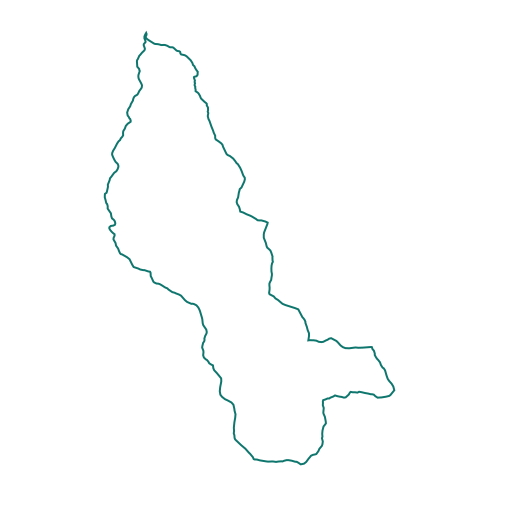 Nyisho, Wangdi Phodrang, Bhutan, rotated 100°
{"feature_id": "84629894B40037951494601", "entity_name": "Nyisho", "entity_type": "district", "adm_level": 2, "iso_a3": "BTN", "parent_name": "Bhutan", "parent_adm1": "Wangdi Phodrang", "projection": "equal_earth", "projection_center": [90.07, 27.567], "detail": "fine", "context": "isolated", "style": "outline", "palette": "teal", "viewbox_px": 512, "rotation_deg": 100, "n_neighbors": 0, "source": "geoboundaries", "source_scale": "gbopen_adm2", "svg_char_len": 6087}
<svg xmlns="http://www.w3.org/2000/svg" viewBox="0 0 512 512"><g transform="rotate(100 256 256)"><path d="M289.5,364.6L289.3,363.3L289.9,359.5L289.9,357.6L290.9,356.9L294.0,356.2L296.0,354.7L299.1,352.6L299.7,351.7L300.4,349.2L300.2,347.4L300.4,346.0L301.0,344.2L302.8,339.9L303.3,337.6L304.1,336.6L305.2,334.2L306.1,332.2L306.3,329.7L306.7,328.5L307.3,325.2L308.1,322.9L311.9,318.2L313.2,315.9L314.3,311.4L314.0,310.1L314.1,308.7L314.9,306.1L316.7,303.9L318.4,302.6L320.0,301.6L326.0,298.6L327.6,297.9L331.5,296.8L333.3,295.9L337.1,292.2L339.4,291.3L340.9,291.3L343.7,292.2L346.4,292.5L347.6,292.1L349.0,292.2L350.8,293.0L354.1,293.2L355.6,293.1L358.4,291.4L360.0,291.0L362.9,290.8L365.0,289.7L366.5,287.5L366.9,286.3L368.3,284.6L369.8,283.4L370.7,281.2L371.2,279.4L374.0,278.5L375.8,277.3L378.2,274.1L382.5,269.1L384.0,268.7L385.8,268.4L391.3,268.5L395.4,268.2L398.8,267.0L400.6,265.0L402.4,261.7L403.1,259.0L404.5,254.8L406.4,252.4L410.0,250.9L412.2,250.2L415.4,248.7L418.9,248.4L423.5,248.4L429.0,248.0L432.2,247.2L434.5,247.1L436.2,246.2L438.9,245.5L440.2,244.7L441.1,243.5L442.1,241.9L443.0,240.6L444.9,237.7L447.7,232.9L450.9,228.9L451.8,227.5L454.7,224.1L456.4,223.0L456.6,222.1L456.3,219.7L456.6,216.7L456.5,210.1L456.4,208.4L455.4,203.8L455.3,200.5L454.5,198.2L453.8,195.4L453.7,194.2L452.8,192.8L451.7,190.4L451.4,188.5L451.4,185.2L451.8,181.6L451.6,180.2L452.2,178.5L453.4,175.8L452.2,172.7L450.1,170.8L446.4,169.0L444.6,167.9L443.2,167.2L442.0,165.5L440.9,162.8L440.5,162.2L437.4,160.7L434.9,160.1L431.6,158.2L430.1,157.9L427.1,158.0L424.0,159.4L422.4,159.2L419.7,159.9L416.4,160.2L412.1,159.9L410.0,158.7L408.7,158.1L406.8,158.6L402.5,160.2L399.6,162.1L398.6,162.5L393.9,162.9L391.3,164.3L389.3,164.5L387.6,164.9L386.3,164.8L385.2,162.7L383.9,160.8L383.6,159.1L382.6,158.2L380.9,155.4L379.6,154.0L379.9,151.6L380.0,149.1L379.9,147.3L380.2,144.8L379.9,143.9L379.6,143.1L376.4,140.6L374.2,139.8L373.4,139.2L373.4,136.9L373.0,134.7L372.9,132.3L371.8,130.9L371.8,128.2L372.0,125.0L372.0,121.6L372.2,119.3L372.0,117.4L372.1,115.9L373.3,114.2L374.4,111.6L374.1,110.5L373.5,107.9L372.0,103.6L370.7,100.6L369.6,99.5L364.2,96.5L360.7,98.1L358.3,100.2L356.0,103.1L354.2,104.9L351.2,106.6L346.3,109.0L344.5,110.6L343.9,112.0L341.6,114.1L339.2,115.4L337.2,117.6L336.1,119.1L334.6,120.5L332.8,121.9L331.7,122.0L330.4,122.6L328.7,123.5L327.6,125.0L325.6,126.1L325.8,127.5L327.8,135.4L328.6,139.2L328.8,142.1L330.7,148.2L331.2,152.0L330.7,154.6L329.4,157.2L326.9,160.3L325.7,162.1L323.9,167.7L324.7,169.6L326.0,170.9L327.0,172.5L328.8,174.8L329.4,176.5L329.6,179.3L328.9,181.8L329.0,184.6L329.6,188.6L330.0,189.8L325.6,189.9L322.9,190.4L319.9,192.3L317.0,193.6L314.2,195.2L313.3,195.7L312.0,196.0L310.3,197.2L308.9,198.7L308.3,199.6L301.2,205.1L300.5,208.7L299.2,218.5L298.5,221.6L295.5,226.7L294.4,229.5L292.7,231.5L291.3,236.0L290.1,236.7L286.8,236.8L284.8,237.1L282.2,237.8L280.7,238.0L278.6,237.5L277.0,236.9L274.9,237.0L272.4,237.0L270.9,237.2L268.5,238.1L265.5,238.7L262.7,239.0L260.5,238.9L258.8,238.4L257.3,239.0L254.4,239.6L253.7,239.6L250.1,241.5L248.1,242.8L247.0,244.4L245.8,246.4L244.6,247.2L241.4,248.6L236.7,251.5L233.4,252.1L231.3,252.1L222.4,250.3L221.1,250.3L220.4,252.8L220.0,257.0L220.4,259.2L220.5,260.7L219.6,262.3L217.8,267.0L217.3,268.7L216.5,272.6L215.4,276.1L215.0,279.2L212.7,280.1L210.4,281.3L209.7,282.0L208.2,283.4L206.3,284.4L204.2,284.5L201.4,283.8L196.5,283.9L195.0,283.7L192.9,283.6L191.1,282.2L184.8,280.5L182.4,280.3L180.8,280.7L179.4,282.1L178.3,282.9L175.0,284.8L171.9,286.9L168.7,289.8L167.9,291.3L166.2,292.9L164.0,295.4L162.1,299.0L161.5,301.4L160.8,302.6L159.2,303.8L154.0,307.5L152.5,308.2L151.2,309.6L149.6,312.7L148.2,315.9L146.9,316.7L144.6,317.1L141.8,319.1L140.2,319.9L136.4,322.3L131.2,325.2L129.3,326.6L126.6,327.8L123.5,327.8L122.3,328.6L120.8,328.5L118.1,329.1L116.3,330.6L114.7,330.9L114.1,331.6L113.1,333.5L110.5,337.4L109.6,338.1L108.0,339.0L107.3,339.6L106.0,340.7L105.3,341.6L104.2,344.1L102.5,344.4L101.0,345.1L100.0,345.1L98.5,346.1L97.4,346.2L96.5,346.0L95.5,346.6L94.7,346.7L93.9,346.6L91.2,348.1L90.3,348.0L89.3,345.8L87.7,345.0L85.6,345.3L84.8,345.3L82.7,347.5L81.1,348.8L79.9,349.5L78.8,351.2L77.2,352.0L76.7,352.4L74.6,354.3L71.4,359.0L70.8,360.5L70.6,361.4L70.5,364.7L69.7,365.6L68.2,366.1L67.7,367.0L67.7,369.0L67.5,369.9L65.5,373.0L65.0,374.1L65.0,374.9L65.3,376.6L65.3,377.4L64.4,379.8L64.0,382.2L64.1,383.2L64.6,385.3L64.7,386.1L64.5,387.6L64.4,389.3L64.7,392.2L64.5,393.3L62.3,398.7L61.3,400.9L60.3,402.2L59.7,402.6L59.0,402.7L57.6,402.3L56.4,402.3L55.4,402.9L57.0,403.5L59.1,404.0L61.0,403.7L63.1,402.4L64.3,401.9L65.0,402.2L66.1,402.9L66.9,403.3L67.9,403.2L70.9,401.5L72.1,401.4L73.0,401.7L75.6,403.6L78.1,405.0L79.1,405.7L82.7,406.6L83.3,406.9L84.0,407.1L84.9,407.1L90.2,405.8L92.1,403.5L93.1,403.2L94.0,402.6L96.7,403.0L98.1,403.2L99.4,403.1L101.1,402.6L102.2,402.0L106.1,398.9L107.7,397.9L109.7,397.8L110.6,398.0L113.8,399.6L116.3,400.3L117.6,400.8L118.3,401.5L119.3,402.8L120.3,403.5L121.3,403.9L123.0,404.2L124.3,404.2L128.1,405.6L130.4,405.9L133.6,407.3L137.1,407.8L139.9,406.8L141.2,405.4L142.6,404.4L142.9,403.7L144.5,402.9L145.6,402.8L148.0,405.3L150.5,406.8L153.4,407.3L155.3,408.1L156.2,408.4L157.9,408.3L160.2,407.8L161.8,408.4L163.7,409.6L165.4,410.0L167.0,411.3L169.6,412.4L174.2,413.8L177.2,415.0L179.6,415.5L181.2,415.3L183.3,414.0L185.7,412.3L187.7,410.6L189.3,408.2L190.8,407.3L192.1,407.0L194.7,407.4L196.8,408.3L198.7,410.1L200.9,411.2L203.0,412.2L204.9,413.3L206.7,413.3L211.5,414.3L213.6,413.8L218.4,414.0L219.7,414.2L221.0,415.5L221.9,415.5L224.5,415.1L227.6,413.6L228.7,413.2L230.2,412.4L230.7,411.6L232.7,410.7L235.1,410.3L239.2,406.3L242.2,405.3L244.0,404.3L245.0,402.4L246.3,401.1L247.8,400.4L248.6,400.2L249.8,400.4L250.9,401.9L251.2,403.0L251.7,404.3L253.2,405.4L254.4,405.2L255.7,404.1L257.1,402.5L258.3,400.7L259.1,399.1L260.5,398.8L263.0,399.4L264.5,399.2L267.6,396.6L270.1,395.6L272.6,393.1L275.0,391.7L277.0,390.3L277.6,389.4L277.7,388.1L279.6,382.8L281.1,380.0L285.9,376.5L288.1,374.6L288.8,369.7L289.4,367.7L289.5,364.6Z" fill="none" stroke="#0f766e" stroke-width="2"/></g></svg>